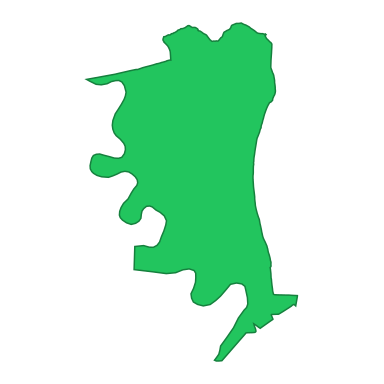 outline of Prajesti, Bacau, Romania
{"feature_id": "2599482B9126980716668", "entity_name": "Prajesti", "entity_type": "district", "adm_level": 2, "iso_a3": "ROU", "parent_name": "Romania", "parent_adm1": "Bacau", "projection": "mercator", "projection_center": [26.984, 46.653], "detail": "fine", "context": "isolated", "style": "filled", "palette": "green", "viewbox_px": 384, "rotation_deg": 0, "n_neighbors": 0, "source": "geoboundaries", "source_scale": "gbopen_adm2", "svg_char_len": 5862}
<svg xmlns="http://www.w3.org/2000/svg" viewBox="0 0 384 384"><path d="M265.3,33.9L264.7,34.1L264.0,34.2L263.5,34.0L263.0,33.7L261.9,33.6L261.3,33.7L259.7,33.5L257.9,33.2L257.0,32.8L254.5,30.7L252.1,29.1L250.8,28.3L249.2,26.9L248.3,26.4L246.6,25.5L246.4,25.3L245.8,25.1L245.4,24.9L244.7,24.7L243.9,24.4L242.3,23.6L241.5,23.1L241.0,23.0L240.8,23.1L240.5,23.2L240.1,23.3L239.4,23.3L238.8,23.4L237.5,23.4L236.7,23.4L236.0,23.5L235.6,23.8L234.9,24.0L233.5,24.6L232.0,25.2L231.7,25.5L231.4,25.9L231.2,26.3L231.0,26.9L230.9,27.5L230.7,27.8L230.2,28.4L229.9,28.8L229.7,29.3L229.4,29.4L227.9,30.1L226.9,30.5L225.2,31.6L224.2,32.1L223.9,32.5L223.6,33.1L223.0,34.7L222.6,35.8L222.5,36.3L222.0,37.0L221.7,37.2L221.1,37.6L220.7,37.9L220.4,38.4L220.0,38.8L218.8,40.3L218.1,41.0L217.8,41.1L216.1,40.9L215.8,41.0L215.5,41.2L215.3,41.2L214.2,41.1L213.6,41.1L213.2,41.1L212.6,41.3L212.1,41.4L211.5,41.1L210.8,40.4L209.9,39.7L209.0,38.5L208.0,37.2L206.5,35.1L205.4,34.4L204.2,34.0L204.1,33.8L203.8,33.6L203.2,33.3L202.6,32.9L201.8,32.2L201.0,31.7L200.3,31.2L199.8,31.0L199.3,30.9L198.6,30.8L198.3,30.7L197.9,30.1L198.1,29.8L197.7,29.0L196.3,28.0L195.0,27.4L193.8,27.4L192.6,27.5L191.5,27.1L191.2,27.0L191.0,26.8L190.7,26.4L189.9,26.1L189.4,25.7L189.2,25.6L188.9,25.6L188.6,25.7L188.3,25.6L188.0,25.7L187.7,25.8L186.5,26.7L185.7,27.2L185.2,27.6L184.3,28.0L182.6,28.6L180.9,28.7L179.9,29.5L179.1,29.8L178.4,30.0L177.9,30.2L177.6,30.4L177.1,31.1L176.0,31.8L175.0,32.5L174.0,32.7L173.5,33.2L173.1,33.5L172.8,33.4L172.4,33.5L172.1,33.7L171.5,33.7L171.1,33.9L170.7,34.5L170.3,34.8L169.8,35.0L168.9,34.8L168.1,35.0L167.4,35.3L166.4,35.9L165.7,36.3L164.9,36.6L163.8,36.7L163.0,39.1L163.0,40.0L163.3,40.8L164.1,41.7L164.0,42.2L164.7,42.8L166.0,44.1L167.7,45.9L168.4,47.1L169.0,48.3L169.6,49.7L170.0,50.8L170.2,51.7L170.3,52.4L170.5,55.4L170.8,60.2L169.8,60.1L169.2,60.2L167.2,60.7L166.8,60.8L166.5,61.1L165.9,61.3L163.2,62.1L161.4,62.5L160.5,62.9L159.8,63.1L158.0,63.6L157.1,63.7L156.3,63.9L153.6,64.8L150.7,65.6L148.0,66.3L146.0,66.8L142.7,67.7L137.7,69.5L136.0,69.5L130.2,70.7L118.9,73.3L115.2,74.2L86.6,79.4L90.2,81.4L96.1,84.3L101.3,84.8L107.2,83.7L111.3,81.6L115.7,80.6L118.9,80.5L121.9,82.0L124.4,85.7L126.1,92.2L125.4,95.9L124.1,99.4L121.4,104.3L118.2,109.4L115.3,113.8L112.9,120.5L112.3,125.2L112.8,129.0L114.2,132.9L116.2,135.7L120.2,139.1L123.8,143.3L125.2,146.4L125.4,149.8L124.4,153.7L121.8,157.3L118.6,158.3L114.4,158.1L109.6,156.7L104.1,155.3L99.7,154.0L96.2,154.3L93.4,155.5L91.8,158.1L90.9,161.7L90.1,165.6L90.3,168.9L91.8,171.6L93.5,173.3L97.0,175.4L101.7,176.8L108.5,177.3L112.7,175.9L116.8,174.2L121.2,172.0L124.9,171.3L128.7,171.9L132.0,173.9L135.2,176.7L137.2,179.7L137.7,182.8L136.8,185.5L133.9,188.9L131.2,193.2L128.1,198.9L123.6,203.3L121.1,207.5L119.7,211.4L119.4,215.1L120.3,217.7L122.5,220.1L126.5,222.8L131.2,224.4L135.6,223.3L138.9,221.2L140.9,218.3L141.3,214.4L142.0,211.1L143.7,208.6L146.5,206.3L149.7,206.0L152.4,207.0L155.9,210.0L160.1,212.3L164.3,215.9L166.5,220.7L165.8,224.9L163.9,230.9L161.4,236.8L159.6,242.0L157.1,245.3L153.4,247.3L149.3,247.2L143.6,245.6L134.8,246.5L134.1,269.6L152.7,271.8L166.3,273.6L175.7,272.7L182.9,269.8L189.2,268.9L194.1,270.5L195.7,273.2L195.8,277.7L195.5,282.3L193.6,288.3L191.0,293.8L191.6,298.2L193.4,302.0L197.5,304.4L203.3,305.9L210.2,304.5L215.7,300.5L220.5,296.1L225.1,290.8L230.5,284.3L236.5,283.0L241.8,283.9L244.9,286.3L245.9,290.6L247.4,297.6L247.8,304.0L246.6,307.5L244.2,310.0L238.4,318.0L233.5,327.8L226.8,337.5L220.6,346.0L219.9,350.2L218.8,354.3L215.9,358.4L214.5,360.2L216.3,361.0L218.7,361.0L221.9,360.7L246.2,332.8L252.7,332.6L254.8,332.4L255.2,332.2L255.6,331.9L255.9,331.5L255.9,330.8L255.6,329.3L255.3,328.3L254.7,326.9L254.3,325.6L253.8,323.8L256.1,325.3L258.4,327.1L260.2,328.3L263.0,326.3L270.5,321.0L272.9,319.4L272.9,319.0L271.8,316.3L271.3,315.2L271.3,314.8L271.5,314.5L273.0,314.4L278.6,314.2L282.9,311.6L285.7,309.8L290.5,306.7L291.5,306.0L292.4,305.1L294.0,304.4L295.7,305.9L297.0,298.6L297.4,296.1L297.4,295.6L295.3,295.5L291.5,295.3L289.1,295.1L286.4,295.1L283.2,295.0L278.2,294.9L275.9,294.8L274.5,294.7L273.5,294.3L272.7,291.1L272.5,288.9L272.0,285.4L271.9,284.5L271.6,281.7L271.4,279.0L271.1,278.3L270.9,273.6L270.6,270.9L270.4,268.9L270.1,267.6L270.9,266.6L271.0,265.6L270.9,264.2L271.0,262.9L270.9,261.9L270.5,260.7L270.3,259.6L270.1,258.4L269.9,257.5L269.3,255.2L268.3,252.2L268.0,250.7L267.7,248.9L267.4,248.0L266.9,246.0L265.2,242.1L263.9,239.5L263.1,237.6L262.6,235.9L262.1,233.5L261.7,231.8L261.4,229.9L260.8,227.1L260.4,225.2L260.0,223.6L259.3,219.4L258.4,217.1L257.2,213.3L256.7,211.4L256.2,209.5L255.4,205.7L255.3,204.6L255.2,203.2L255.0,201.7L254.8,199.9L254.7,198.6L254.7,196.9L254.4,194.1L253.9,190.1L253.7,188.5L253.5,186.6L253.4,184.8L253.3,183.2L253.2,181.8L253.1,180.7L253.1,179.4L253.0,178.7L253.0,177.4L253.0,175.8L253.2,174.1L253.3,172.9L253.3,171.0L253.3,169.8L253.3,168.6L253.4,166.1L253.7,164.5L253.7,164.0L253.6,163.3L253.5,162.8L253.6,162.4L253.8,161.1L253.8,160.2L253.9,158.6L254.1,156.9L254.5,154.6L254.8,152.2L255.2,149.4L256.2,143.4L256.7,140.1L257.1,138.2L258.3,135.4L259.0,133.5L259.5,132.3L260.1,129.8L260.6,128.6L261.0,128.0L261.1,127.4L261.1,126.5L261.5,124.8L262.2,123.0L262.4,122.1L262.8,120.3L263.5,118.1L263.7,117.1L264.4,114.5L266.0,110.0L266.7,108.2L267.5,106.4L268.3,104.8L269.1,103.5L269.3,102.9L269.7,102.5L270.2,102.4L270.9,102.0L271.4,101.6L272.1,100.8L272.6,100.2L272.7,98.8L273.9,96.0L274.6,94.8L274.9,93.9L275.2,92.7L275.4,91.5L275.4,90.4L275.2,88.7L275.2,87.2L275.0,85.2L274.8,83.8L274.6,82.6L274.6,81.7L274.6,80.7L274.4,79.2L274.1,77.7L273.7,75.3L273.3,74.1L272.7,73.0L271.6,69.8L271.0,68.3L270.8,67.4L270.8,66.3L271.0,60.1L271.3,55.7L271.5,53.1L271.6,50.8L271.8,47.4L271.8,45.9L271.9,44.7L271.7,43.7L270.8,42.5L269.9,41.9L268.1,40.0L266.5,38.5L265.0,35.6L266.1,34.7L265.3,33.9Z" fill="#22c55e" stroke="#15803d" stroke-width="1.5"/></svg>